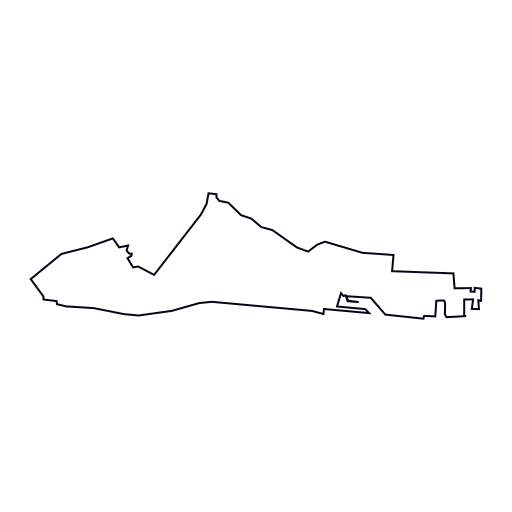 North Inner City Lea-7, Dublin, Ireland (Natural Earth projection)
{"feature_id": "5873133B14640921830681", "entity_name": "North Inner City Lea-7", "entity_type": "district", "adm_level": 2, "iso_a3": "IRL", "parent_name": "Ireland", "parent_adm1": "Dublin", "projection": "natural_earth1", "projection_center": [-6.235, 53.356], "detail": "fine", "context": "isolated", "style": "outline", "palette": "ink", "viewbox_px": 512, "rotation_deg": 0, "n_neighbors": 0, "source": "geoboundaries", "source_scale": "gbopen_adm2", "svg_char_len": 1114}
<svg xmlns="http://www.w3.org/2000/svg" viewBox="0 0 512 512"><path d="M323.4,314.0L324.0,309.0L369.1,313.1L365.3,309.1L337.0,306.5L341.0,293.1L343.4,296.0L345.7,295.3L347.7,301.2L358.7,302.1L348.0,300.7L346.5,296.2L370.8,297.8L385.3,314.6L423.4,318.7L424.1,315.9L435.3,316.4L436.3,300.8L442.2,300.4L444.3,300.7L445.1,303.5L444.9,314.4L446.6,317.2L466.0,316.1L464.2,315.6L464.2,299.5L473.1,299.4L471.8,308.9L478.9,309.1L478.3,300.2L481.1,300.9L481.3,288.6L474.7,287.9L474.6,291.8L470.6,291.5L470.9,288.1L454.6,288.3L453.4,273.4L392.1,271.2L393.5,255.0L362.4,252.8L325.0,241.7L317.3,244.6L308.1,251.6L297.0,247.5L272.4,230.1L261.3,227.1L251.3,218.6L241.1,215.2L228.3,202.7L219.3,200.9L216.5,197.4L216.5,194.2L208.5,193.3L206.6,203.9L200.8,214.7L154.1,274.9L138.2,266.5L133.1,267.4L127.5,258.2L131.5,255.6L131.7,253.7L129.3,253.7L126.6,250.5L128.1,245.5L119.2,247.4L112.8,238.4L87.7,247.3L61.5,253.9L30.7,279.1L43.4,296.4L43.5,299.5L56.6,301.1L57.0,304.2L66.2,306.4L93.7,308.1L123.9,314.1L138.5,315.5L171.7,310.9L199.1,303.1L211.6,301.8L311.8,310.9L323.4,314.0Z" fill="none" stroke="#020617" stroke-width="2"/></svg>